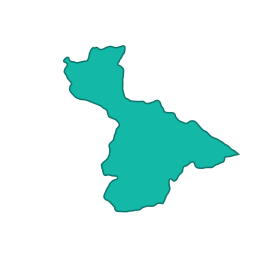 Bohechio, San Juan, Dominican Republic, rotated 138°
{"feature_id": "3306468B96171292047706", "entity_name": "Bohechio", "entity_type": "district", "adm_level": 2, "iso_a3": "DOM", "parent_name": "Dominican Republic", "parent_adm1": "San Juan", "projection": "orthographic", "projection_center": [-71.007, 18.905], "detail": "fine", "context": "isolated", "style": "filled", "palette": "teal", "viewbox_px": 256, "rotation_deg": 138, "n_neighbors": 0, "source": "geoboundaries", "source_scale": "gbopen_adm2", "svg_char_len": 5778}
<svg xmlns="http://www.w3.org/2000/svg" viewBox="0 0 256 256"><g transform="rotate(138 128 128)"><path d="M190.8,78.6L191.2,77.7L191.9,76.5L192.2,75.9L192.3,74.9L192.2,74.3L192.1,74.0L191.5,73.1L190.7,72.3L186.5,68.1L185.1,66.9L184.2,66.2L182.5,65.4L179.8,63.3L179.2,62.9L177.5,62.0L175.5,60.4L174.6,59.8L173.5,59.4L170.4,59.1L169.3,58.7L165.9,57.1L165.0,56.3L162.4,53.8L161.4,53.1L161.0,52.9L160.3,52.7L157.2,52.4L156.4,52.2L156.1,52.0L155.2,51.4L154.4,50.6L153.6,49.7L152.7,48.5L151.6,48.9L149.8,49.5L147.9,50.5L146.5,51.1L144.6,52.1L141.5,52.8L138.3,54.3L137.7,54.8L137.0,55.6L135.9,57.6L135.2,58.5L134.5,59.5L132.8,61.2L132.2,61.7L131.6,62.0L130.9,62.0L130.6,61.9L130.3,61.7L130.1,61.4L129.9,60.8L129.8,58.8L129.6,58.2L129.4,57.9L129.1,57.6L128.5,57.4L127.4,57.2L126.2,57.3L125.4,57.5L124.7,57.7L123.1,58.5L122.4,58.7L121.2,58.9L118.4,59.0L117.2,59.2L116.8,59.3L116.1,59.7L114.3,61.2L113.6,61.6L112.9,61.8L112.2,61.8L111.5,61.7L109.9,60.9L109.2,60.7L108.0,60.6L105.1,60.5L104.0,60.3L103.3,60.0L102.7,59.6L102.3,59.0L102.2,58.7L102.1,57.9L102.2,57.2L103.1,55.4L103.4,54.3L103.4,53.5L103.3,52.7L103.2,52.3L102.8,51.6L102.3,51.0L101.5,50.1L99.7,48.4L98.7,47.7L97.0,46.8L96.4,46.4L95.4,45.6L93.4,43.7L92.8,43.2L92.1,42.7L91.8,42.5L91.0,42.3L88.3,42.0L87.5,41.9L86.8,41.6L85.2,40.8L82.6,40.2L80.6,39.3L79.9,39.1L79.2,39.2L78.5,39.4L77.8,39.8L76.7,40.7L76.1,41.1L75.4,41.3L75.1,41.2L74.8,41.1L74.1,40.8L72.6,39.6L72.0,39.1L70.6,38.4L68.7,37.3L67.0,36.6L65.4,35.6L63.5,34.5L64.1,39.4L64.3,40.2L65.0,41.8L65.3,42.5L65.5,43.8L65.6,46.4L65.7,47.7L65.9,48.5L66.6,50.1L66.9,50.8L67.0,51.6L67.3,54.0L67.4,54.7L67.7,55.4L68.4,57.1L69.2,60.1L70.2,62.0L70.8,63.4L71.6,65.0L72.0,66.2L72.1,67.4L72.2,71.3L72.3,72.6L72.6,73.7L73.4,75.3L73.6,76.1L73.7,77.0L73.8,79.6L73.7,85.8L73.8,87.0L73.9,87.9L74.2,88.7L74.7,89.4L75.2,90.0L76.2,90.8L76.9,91.2L77.6,91.5L78.4,91.7L80.2,91.8L81.2,92.1L81.5,92.3L82.0,92.8L83.1,94.5L83.4,95.2L84.0,96.6L85.0,98.5L85.2,99.4L85.3,100.2L85.3,102.0L85.2,103.7L84.9,104.9L84.3,106.1L84.0,106.8L84.0,107.5L84.1,108.3L84.4,109.0L84.9,109.6L85.7,110.5L88.8,113.4L89.5,114.4L89.8,115.1L90.0,115.9L89.9,116.6L88.9,118.9L88.8,119.6L88.5,122.0L88.3,122.7L88.0,123.4L87.2,125.0L87.0,125.8L87.0,127.0L87.1,127.7L87.2,128.1L87.4,128.4L87.9,129.0L88.8,129.6L89.5,129.9L91.4,130.2L92.1,130.5L93.7,131.3L95.4,132.0L97.7,133.5L98.0,133.8L98.3,134.4L98.4,135.1L98.7,136.8L98.9,137.5L99.0,137.7L99.5,138.2L101.0,139.3L103.2,141.3L106.3,144.4L107.1,145.4L107.7,146.0L108.2,147.1L108.7,149.4L109.7,151.6L109.8,152.4L109.7,152.8L109.6,153.5L108.8,155.0L108.2,156.4L107.1,158.3L106.5,159.7L106.0,160.4L104.9,161.7L101.4,165.3L100.7,166.2L99.7,167.6L97.9,168.8L96.1,170.4L93.4,173.1L92.8,173.7L92.4,174.4L92.2,174.8L92.0,175.5L91.9,176.3L91.9,177.6L92.0,178.3L92.2,179.1L93.1,181.2L93.2,181.9L93.1,182.2L92.9,182.5L92.4,182.9L90.4,183.3L88.5,184.2L85.8,184.8L85.1,185.0L83.5,185.8L80.8,186.3L80.1,186.6L78.8,187.6L77.3,188.9L76.3,190.0L76.1,190.7L76.0,191.0L76.1,191.4L76.4,192.0L76.9,192.4L77.5,192.8L78.8,193.3L80.4,194.1L81.8,194.7L82.5,195.2L83.2,195.7L84.0,196.6L84.5,197.2L84.9,197.9L85.4,198.9L85.8,199.6L86.2,200.1L86.8,200.6L87.4,201.0L90.4,202.4L91.1,202.6L93.0,203.0L93.7,203.2L95.5,204.3L96.1,204.7L96.3,204.9L96.6,205.6L97.0,208.0L97.2,208.6L97.7,209.1L98.2,209.4L99.1,209.7L99.6,210.0L99.9,210.5L100.1,211.1L102.1,211.0L102.9,210.9L103.6,210.7L107.0,209.0L109.5,206.9L110.2,206.5L112.7,205.4L113.3,205.3L113.7,205.3L114.0,205.5L114.6,205.9L116.2,207.1L116.8,207.5L118.2,208.2L119.8,209.1L121.5,209.9L122.0,210.3L122.6,210.8L123.0,211.4L123.9,213.1L125.6,215.3L126.0,216.0L126.1,216.4L126.2,216.7L126.2,217.5L126.0,218.1L125.3,219.5L125.2,220.1L125.3,220.5L125.5,220.8L125.8,221.0L126.1,221.2L126.7,221.4L127.8,221.5L129.0,221.5L130.1,221.3L130.7,221.0L130.9,220.8L131.1,220.5L131.2,220.2L131.1,219.5L130.3,217.9L130.2,217.2L130.3,216.4L130.4,216.1L130.6,215.8L131.1,215.3L131.7,214.9L132.1,214.8L134.3,214.4L135.0,214.2L137.1,213.0L137.6,212.6L137.8,212.3L138.1,211.6L138.5,208.6L138.7,207.9L139.4,206.3L139.6,205.4L139.7,204.2L139.8,200.4L140.0,199.3L140.3,198.6L140.6,198.4L141.2,198.2L142.9,197.8L143.6,197.4L144.3,196.9L145.2,196.1L145.7,195.4L146.1,194.7L146.2,194.3L146.4,193.5L146.5,192.2L146.5,188.8L146.4,186.7L146.3,185.8L146.1,185.0L145.8,184.4L145.1,183.1L144.5,181.7L144.0,181.0L143.5,180.4L141.0,177.7L140.1,176.5L139.5,175.1L138.4,173.2L137.8,171.7L136.8,169.8L136.2,168.4L135.1,166.5L134.5,165.1L133.7,163.5L133.4,162.8L133.3,162.0L132.9,159.2L132.7,158.5L131.9,156.6L131.9,156.2L131.9,155.5L131.9,155.1L132.2,154.5L134.3,150.3L134.5,149.6L134.5,148.9L134.4,148.5L134.2,147.8L133.5,146.6L132.9,145.2L132.0,143.6L131.6,142.5L131.5,141.3L131.4,139.7L131.4,138.5L131.6,137.3L131.8,137.0L132.2,136.3L132.7,135.8L133.4,135.5L134.1,135.2L136.7,135.0L137.7,134.7L138.8,133.8L140.0,133.1L141.5,132.2L143.3,131.4L145.5,129.6L146.5,129.0L147.3,128.8L148.1,128.7L151.7,128.6L152.4,128.4L153.1,128.1L153.7,127.7L154.2,127.2L154.5,126.5L155.2,125.2L155.9,124.2L156.7,123.3L157.8,122.2L158.7,121.4L159.3,120.9L162.7,119.2L163.4,119.0L164.6,118.8L166.3,118.8L169.7,118.9L171.0,118.8L171.7,118.7L172.0,118.5L172.6,118.1L174.0,115.8L174.8,114.0L175.9,112.1L176.9,109.9L177.0,109.3L177.0,109.0L176.8,108.4L176.4,107.9L175.9,107.5L174.4,106.7L173.6,106.0L173.1,105.4L172.4,104.1L172.0,103.4L171.2,102.5L169.0,100.3L168.6,99.7L168.5,99.4L168.4,99.0L168.5,98.7L168.6,98.4L168.8,98.1L169.3,97.7L169.7,97.5L170.4,97.5L171.1,97.6L172.9,98.5L174.0,98.9L175.2,99.0L176.5,99.0L177.7,99.0L178.5,98.9L179.2,98.7L180.9,97.9L181.6,97.7L184.2,97.0L186.1,96.1L187.5,95.5L189.1,94.7L190.5,94.1L191.4,93.5L191.9,92.9L192.3,92.3L192.5,91.6L192.5,90.8L192.5,90.0L192.3,89.3L191.3,87.3L191.1,86.1L190.9,84.4L190.9,80.9L190.8,78.6Z" fill="#14b8a6" stroke="#0f766e" stroke-width="1.5"/></g></svg>